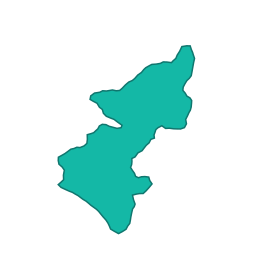 Caparaó, Minas Gerais, Brazil (Robinson projection), rotated 114°
{"feature_id": "56859067B87731817082401", "entity_name": "Caparaó", "entity_type": "district", "adm_level": 2, "iso_a3": "BRA", "parent_name": "Brazil", "parent_adm1": "Minas Gerais", "projection": "robinson", "projection_center": [-41.952, -20.531], "detail": "fine", "context": "isolated", "style": "filled", "palette": "teal", "viewbox_px": 256, "rotation_deg": 114, "n_neighbors": 0, "source": "geoboundaries", "source_scale": "gbopen_adm2", "svg_char_len": 2105}
<svg xmlns="http://www.w3.org/2000/svg" viewBox="0 0 256 256"><g transform="rotate(114 128 128)"><path d="M126.5,99.8L123.8,101.4L120.9,101.6L118.1,101.9L115.5,100.7L112.2,98.0L113.1,93.5L111.4,90.2L110.2,86.1L108.7,82.4L107.5,79.6L104.7,76.6L100.4,76.3L96.7,78.8L92.8,78.6L89.1,78.6L86.4,78.3L83.2,78.8L79.9,79.9L77.0,81.0L75.3,83.6L74.9,87.2L72.9,89.9L71.3,93.2L68.2,94.2L64.5,94.0L60.7,93.5L57.7,92.2L54.5,91.5L50.3,92.5L46.3,93.5L41.4,94.7L37.4,95.5L34.8,97.9L32.6,99.8L30.5,102.1L27.7,104.6L29.1,107.9L31.7,111.9L36.8,112.0L41.4,112.7L45.0,112.6L47.9,114.0L50.6,114.9L51.9,119.2L53.3,122.7L55.8,124.7L58.2,128.3L60.2,132.1L63.0,134.3L65.7,136.3L68.1,137.3L71.8,138.3L75.6,140.6L80.1,142.0L82.9,143.4L85.7,146.0L89.7,147.9L94.2,149.5L97.1,150.9L98.8,153.9L99.6,157.7L101.3,160.2L103.0,162.8L104.3,166.3L106.8,168.3L109.7,172.8L113.8,175.1L117.3,174.3L117.7,170.8L118.0,166.3L120.7,162.5L121.5,159.0L124.6,156.4L126.1,152.6L126.0,147.9L125.8,144.4L126.9,139.6L127.9,134.6L130.5,134.4L132.8,137.9L133.6,142.9L134.1,146.0L133.9,149.5L135.1,153.0L137.8,155.0L141.1,155.2L143.5,156.3L146.2,157.4L148.1,159.4L150.7,162.5L154.9,160.5L158.8,159.3L162.2,160.8L165.4,163.9L166.4,166.9L168.7,169.0L170.6,171.6L173.5,173.2L177.0,175.2L180.0,177.4L183.0,179.7L186.1,178.5L189.2,176.3L190.4,172.3L192.4,169.0L197.4,167.8L201.4,165.8L204.6,167.1L208.1,168.7L209.5,165.0L209.6,159.7L209.6,155.7L209.4,152.6L209.8,149.5L210.1,146.0L210.8,143.1L211.5,139.9L211.9,136.5L212.8,133.3L213.7,130.4L214.4,127.0L215.1,123.7L216.1,120.9L217.7,117.8L219.5,114.2L221.0,110.8L222.9,107.8L225.0,105.3L227.4,102.8L227.9,98.6L228.3,93.7L224.9,91.0L221.3,88.6L217.7,88.4L214.4,87.6L211.0,88.4L208.2,89.2L203.7,90.2L200.0,90.9L197.4,90.3L194.6,90.6L191.4,93.7L187.5,96.6L185.0,93.5L183.2,90.8L181.7,87.5L178.0,85.9L173.3,84.4L169.3,83.3L167.1,86.8L164.4,89.1L165.5,92.8L167.1,95.9L169.2,98.3L169.1,101.4L166.8,103.6L164.9,106.8L163.0,109.6L159.9,109.8L157.2,110.7L154.3,112.1L151.6,109.8L146.7,108.8L143.0,105.9L139.6,105.1L136.4,104.3L133.0,102.7L129.1,102.5L126.5,99.8Z" fill="#14b8a6" stroke="#0f766e" stroke-width="1.5"/></g></svg>